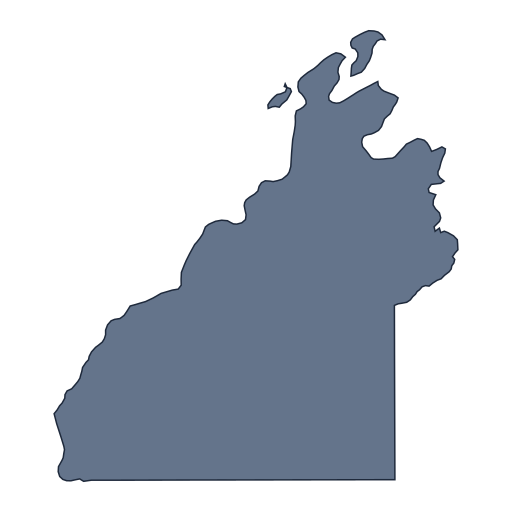 outline of Icatu, Maranhão, Brazil
{"feature_id": "56859067B15059042141661", "entity_name": "Icatu", "entity_type": "district", "adm_level": 2, "iso_a3": "BRA", "parent_name": "Brazil", "parent_adm1": "Maranhão", "projection": "albers", "projection_center": [-43.84, -2.589], "detail": "fine", "context": "isolated", "style": "filled", "palette": "slate", "viewbox_px": 512, "rotation_deg": 0, "n_neighbors": 0, "source": "geoboundaries", "source_scale": "gbopen_adm2", "svg_char_len": 3841}
<svg xmlns="http://www.w3.org/2000/svg" viewBox="0 0 512 512"><path d="M83.6,481.3L91.4,480.2L96.2,480.2L101.8,480.2L110.0,480.2L114.3,480.2L196.8,480.0L207.8,480.0L320.1,479.8L327.1,479.8L384.0,479.7L394.9,479.7L394.5,348.1L394.5,343.7L394.4,305.4L398.2,303.8L401.5,303.3L406.7,302.3L410.3,299.9L412.8,296.6L415.4,294.3L417.1,291.6L419.5,289.8L422.1,286.8L425.4,285.6L429.1,286.1L432.7,283.1L437.1,280.3L441.1,278.8L444.4,275.4L449.2,271.7L451.2,269.0L451.8,265.7L453.8,263.1L454.7,259.4L452.5,256.7L455.0,253.0L457.9,249.8L457.6,243.5L457.3,239.7L453.5,235.8L447.8,232.6L444.3,231.2L440.7,232.6L439.4,228.1L435.1,231.3L434.1,226.8L439.5,221.4L440.7,217.9L439.4,212.9L435.5,208.9L433.1,204.9L433.4,200.0L435.8,194.7L429.1,192.5L428.3,188.8L431.3,184.4L437.4,183.7L440.6,183.4L444.1,181.1L439.9,177.8L438.0,174.6L438.0,171.5L439.5,168.4L440.9,162.7L442.6,157.7L444.8,153.1L445.4,148.9L441.9,146.9L436.6,149.5L431.6,151.4L429.5,146.8L427.1,143.0L424.3,140.3L421.1,139.3L417.5,138.6L414.3,140.1L410.2,142.3L406.4,144.1L403.9,147.1L400.4,150.8L397.1,154.5L395.1,156.7L392.4,158.2L387.8,158.5L383.4,159.0L378.8,159.3L373.6,159.1L371.1,157.6L368.7,154.2L366.1,150.8L362.6,146.7L361.7,142.2L362.3,138.6L363.9,136.2L367.4,134.7L371.3,134.0L374.4,132.7L378.5,130.4L381.5,126.6L382.9,122.8L384.4,118.9L387.3,116.1L390.1,113.8L391.9,110.4L393.3,107.0L395.2,104.5L396.7,102.1L398.1,97.9L394.4,95.1L388.2,92.8L383.9,91.1L381.3,89.3L378.3,85.5L377.8,81.5L373.8,83.5L370.4,85.4L367.0,87.1L359.0,91.2L356.3,92.8L353.6,94.6L350.9,96.3L347.8,98.3L343.7,100.8L339.8,102.8L336.3,103.2L332.4,102.4L329.1,100.1L328.6,96.4L329.5,93.7L331.9,90.5L334.3,86.0L336.9,83.1L339.0,79.5L339.2,76.5L337.9,72.2L338.4,67.5L340.1,64.2L342.1,60.7L345.4,57.2L340.8,53.8L336.0,52.8L332.0,54.6L327.8,57.1L324.0,59.7L320.5,62.8L318.0,65.3L313.9,68.7L308.0,72.4L304.3,75.3L300.9,78.2L298.3,81.9L297.9,87.0L299.0,91.5L301.9,94.2L304.2,97.3L305.9,100.4L306.2,103.7L303.5,106.8L300.5,108.9L296.4,110.9L295.2,115.9L295.4,121.6L295.2,125.3L294.2,131.9L292.7,139.6L291.6,152.9L290.8,166.5L289.2,172.1L287.4,174.9L282.2,179.2L277.4,180.7L273.1,181.6L270.0,181.1L265.2,180.8L261.5,182.7L259.1,186.3L257.9,191.0L254.6,194.1L249.6,197.2L246.2,199.9L244.7,202.6L244.2,205.7L245.1,210.3L246.1,214.8L245.5,219.6L241.8,222.8L236.8,224.1L233.4,223.9L230.6,222.5L227.4,220.7L221.6,220.2L215.5,221.3L211.4,223.1L208.6,224.4L205.4,227.0L204.1,230.3L202.7,234.0L199.7,238.5L196.7,242.3L194.7,244.5L189.7,253.6L186.2,260.6L184.3,265.0L181.4,272.4L181.1,279.1L181.2,285.2L178.2,289.1L172.3,290.1L161.1,293.4L153.1,298.0L145.5,301.6L140.6,303.0L135.3,304.6L130.2,306.0L126.8,311.5L124.1,315.4L120.0,318.5L114.5,319.4L111.1,320.8L107.6,324.8L105.6,330.1L105.6,334.8L104.3,338.8L102.3,342.1L98.1,345.5L95.6,347.3L91.5,351.9L89.2,356.3L88.5,359.8L86.0,362.4L82.6,367.4L81.8,371.4L80.7,375.1L79.9,378.2L77.8,381.6L74.6,385.4L71.7,388.8L67.1,390.9L65.0,394.6L64.8,398.2L62.1,403.1L59.6,405.8L57.1,410.0L54.1,413.7L56.7,423.7L59.7,433.0L61.3,438.0L62.5,441.9L63.9,446.5L64.5,449.7L63.8,453.5L63.2,457.7L62.0,460.4L58.5,466.6L58.2,471.7L59.7,476.5L62.8,479.4L66.6,480.7L70.9,480.8L74.8,479.9L79.7,478.9L83.6,481.3ZM382.0,34.9L378.0,32.0L374.1,31.0L368.7,30.7L364.5,32.3L360.0,34.5L355.1,37.2L352.5,38.9L350.7,42.3L350.9,45.3L352.2,48.0L355.2,49.0L357.8,52.8L357.9,56.5L356.2,60.7L353.9,62.8L351.9,65.0L351.4,68.2L351.2,72.0L350.9,76.1L353.7,75.3L357.8,73.5L361.3,72.2L364.7,68.5L366.8,64.5L369.3,60.8L370.6,57.5L372.0,53.1L372.2,49.3L373.3,46.3L375.4,43.6L377.0,41.0L380.5,39.2L385.0,39.7L382.0,34.9ZM287.0,87.5L285.4,91.8L280.6,93.9L277.2,94.5L274.8,96.4L272.2,99.0L269.8,101.9L267.9,104.9L268.2,108.5L272.3,106.8L275.4,106.4L279.3,107.2L281.9,104.0L286.8,99.9L289.3,95.5L291.4,91.6L290.2,88.6L287.0,87.5ZM287.0,87.5L285.2,83.8L284.3,86.5L287.0,87.5Z" fill="#64748b" stroke="#1e293b" stroke-width="1.5"/></svg>